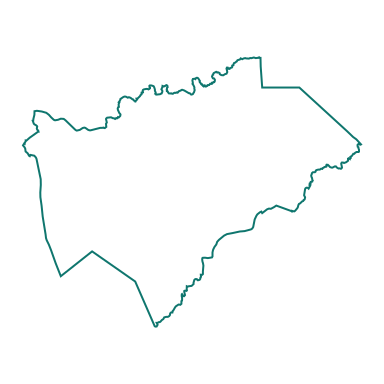 the district of Komonjdjari, Komondjari, Burkina Faso
{"feature_id": "67063806B37049013397139", "entity_name": "Komonjdjari", "entity_type": "district", "adm_level": 2, "iso_a3": "BFA", "parent_name": "Burkina Faso", "parent_adm1": "Komondjari", "projection": "robinson", "projection_center": [0.756, 12.703], "detail": "fine", "context": "isolated", "style": "outline", "palette": "teal", "viewbox_px": 384, "rotation_deg": 0, "n_neighbors": 0, "source": "geoboundaries", "source_scale": "gbopen_adm2", "svg_char_len": 5869}
<svg xmlns="http://www.w3.org/2000/svg" viewBox="0 0 384 384"><path d="M60.8,276.2L92.1,251.4L135.2,281.5L154.7,326.2L155.4,326.6L156.6,326.5L157.6,324.8L156.7,322.9L157.6,322.9L158.6,322.2L159.8,322.1L160.5,321.6L161.9,320.0L163.3,319.1L164.2,317.4L166.0,316.9L167.8,316.9L169.2,316.1L170.0,314.9L170.1,313.7L170.4,313.1L171.2,312.4L172.4,312.5L172.7,311.0L173.2,310.6L175.1,307.3L175.9,306.3L178.3,304.7L178.8,304.5L180.3,304.8L181.4,303.8L181.4,301.1L182.0,300.7L182.1,299.5L182.1,297.8L181.7,296.0L181.8,294.3L182.0,294.1L183.3,296.1L184.1,296.2L185.0,295.1L184.2,291.6L184.3,290.9L185.1,290.6L186.4,290.9L186.9,290.5L186.7,289.0L186.8,286.3L187.7,286.7L188.5,286.3L191.6,285.9L193.6,284.0L193.5,282.9L194.3,280.0L195.0,279.3L195.9,279.0L196.8,279.2L197.2,279.4L197.5,280.1L197.9,280.3L199.6,279.8L200.3,278.8L200.4,277.6L201.0,276.9L200.8,274.7L202.2,274.8L202.9,274.1L202.9,271.4L203.4,265.6L203.0,263.2L202.5,261.7L202.2,259.7L202.3,258.2L202.8,257.8L204.9,257.7L207.9,258.1L212.0,257.4L212.5,256.4L212.5,252.5L213.0,250.1L213.5,248.9L214.5,246.9L216.3,244.5L217.2,241.8L219.0,239.8L224.1,235.6L227.0,234.1L232.4,233.1L239.8,231.5L244.6,231.1L251.0,229.4L252.2,228.6L253.2,227.0L254.7,219.4L256.5,215.6L257.4,214.3L259.9,212.3L261.3,211.6L262.2,213.1L267.1,209.3L268.9,208.6L270.9,208.8L273.9,207.2L276.3,205.6L290.9,210.9L291.7,211.4L291.8,210.8L294.2,211.4L295.1,210.8L297.3,208.2L297.8,207.3L298.4,205.0L299.0,203.9L300.1,203.4L302.0,201.5L303.2,201.0L303.6,200.0L304.3,199.8L304.7,199.2L305.1,197.3L304.1,195.3L305.1,189.1L305.5,188.3L306.4,187.7L307.8,187.8L308.6,188.6L310.3,185.5L310.4,184.8L310.0,185.1L309.5,185.0L309.7,183.4L310.3,183.1L310.7,181.9L312.2,181.6L312.3,180.9L312.7,180.6L312.4,180.0L312.0,177.9L311.4,176.7L311.2,175.3L311.7,174.4L311.9,173.2L312.8,172.3L314.9,172.2L315.6,171.6L315.8,170.6L316.4,170.1L318.2,169.6L319.8,169.6L321.1,168.7L322.3,168.9L322.7,168.1L323.7,167.7L324.4,167.0L326.2,166.7L326.3,165.2L326.6,164.7L327.7,164.8L327.9,165.4L328.4,165.3L330.1,167.1L331.6,167.6L332.5,167.6L334.8,166.4L335.9,166.4L336.7,167.4L338.4,168.5L339.9,168.4L340.9,168.8L341.6,168.3L342.0,167.5L341.2,163.7L341.7,162.6L343.0,162.5L344.0,163.0L346.2,162.2L348.1,160.7L348.0,158.7L348.4,158.5L349.5,158.9L349.3,158.3L350.2,158.4L350.8,157.9L350.4,156.8L352.0,155.8L353.3,153.8L354.3,153.8L355.0,152.9L356.5,152.0L358.6,152.0L359.0,151.6L359.0,149.6L358.5,148.4L358.4,147.2L357.7,146.8L357.5,145.0L358.5,143.9L359.1,143.9L359.7,144.5L360.5,144.7L361.0,144.4L356.3,139.3L353.1,137.0L347.4,131.5L299.3,87.5L262.2,87.5L260.7,66.6L260.5,57.9L259.3,57.9L259.0,57.9L258.9,57.4L257.6,57.9L255.7,58.1L253.9,57.5L251.2,58.2L250.2,58.0L248.9,58.6L246.0,58.4L245.2,58.1L243.5,58.5L242.2,59.2L240.7,58.4L239.9,59.5L237.5,60.2L236.7,61.5L236.3,61.6L235.3,62.6L234.1,63.0L233.4,64.5L233.4,65.2L232.2,65.6L232.2,67.0L231.9,67.5L230.0,68.1L229.6,68.9L228.5,68.8L227.8,67.6L226.9,67.6L226.5,68.5L227.3,72.0L226.8,73.1L226.5,73.7L225.1,74.1L223.2,75.3L221.3,75.1L219.8,74.2L219.6,73.1L218.4,72.4L217.2,72.6L216.7,71.9L216.2,71.8L213.7,73.1L213.2,74.0L213.2,74.7L212.5,75.1L212.0,76.6L212.9,78.3L214.1,78.5L214.9,79.8L214.8,81.1L214.3,82.1L213.6,82.0L213.2,82.4L211.9,82.7L211.7,83.0L212.3,83.4L211.8,83.9L210.1,83.8L209.2,85.0L207.6,85.1L207.5,85.7L207.1,86.0L206.5,86.1L206.1,86.5L205.5,86.5L204.9,85.6L204.2,86.3L203.8,86.4L203.6,85.5L202.9,85.8L202.4,85.2L202.1,84.6L201.9,84.8L201.1,84.1L200.9,83.4L199.8,82.3L199.6,81.5L199.9,81.0L198.2,78.3L197.3,77.8L196.6,77.8L196.0,78.1L195.4,79.1L194.8,78.7L192.9,79.0L192.4,80.3L192.9,83.3L192.5,83.9L193.5,85.3L194.4,87.3L194.3,88.7L194.7,90.0L194.0,92.3L193.3,93.2L193.1,93.8L192.5,94.3L191.2,94.6L189.7,93.2L188.9,93.2L184.3,90.5L182.3,89.8L181.5,89.9L180.7,90.6L179.0,91.1L177.9,92.5L177.4,92.7L177.0,92.3L175.7,92.9L174.9,92.7L173.5,93.2L173.2,93.6L172.2,93.8L171.1,93.3L170.6,93.5L168.9,93.4L168.0,92.3L167.8,91.5L166.9,91.2L167.0,90.0L166.7,89.8L167.1,87.6L167.6,87.3L167.5,86.0L166.9,85.3L166.3,85.1L164.6,86.3L164.1,86.1L163.4,86.5L162.5,86.0L162.3,87.3L161.4,89.3L162.3,90.7L162.4,91.2L162.2,92.2L161.7,92.9L161.7,93.4L160.1,94.2L156.5,94.6L156.0,94.5L155.8,93.7L155.3,93.6L155.7,92.8L155.4,91.8L154.9,90.8L154.9,89.5L154.2,87.3L153.6,86.2L151.6,85.5L149.9,85.4L149.4,85.8L149.5,87.2L150.0,87.6L150.0,88.3L149.2,89.0L148.4,89.4L147.7,89.0L146.3,88.9L143.9,89.4L143.0,89.9L142.7,90.6L143.0,92.4L142.4,92.7L142.0,92.4L141.6,92.5L141.5,93.2L141.8,93.5L141.5,94.4L140.4,95.2L140.1,96.0L138.6,97.5L137.5,98.5L136.6,98.6L137.1,99.5L135.8,100.8L135.5,101.5L135.2,101.5L135.0,101.1L133.9,100.5L133.1,99.4L132.5,99.3L130.5,97.8L128.9,97.2L127.8,97.7L126.2,96.8L124.9,96.5L123.5,96.9L120.4,99.0L120.4,99.7L119.7,100.7L119.5,102.1L118.8,102.1L118.6,102.4L119.0,103.2L118.6,104.7L118.9,106.9L118.2,107.2L117.7,108.4L117.9,109.9L119.3,113.0L120.3,114.1L120.5,114.7L120.2,116.0L118.8,117.4L118.0,117.1L117.7,117.9L117.2,118.3L116.2,118.0L115.7,118.7L115.1,119.0L114.1,118.3L112.9,118.2L111.0,117.3L107.1,117.7L106.2,118.5L106.0,119.0L106.8,122.5L106.0,123.8L106.3,126.9L104.8,128.1L104.0,128.0L103.6,127.6L101.9,127.9L100.1,127.9L90.7,130.3L89.5,130.3L88.2,129.9L85.4,127.9L84.3,127.6L82.7,128.0L79.8,129.9L76.8,130.6L75.7,130.1L74.9,129.4L65.4,120.2L63.7,118.9L60.8,118.7L58.0,119.8L55.0,120.3L53.8,119.8L51.2,117.4L48.9,114.8L46.3,112.8L41.8,111.5L36.9,110.8L34.5,111.2L34.4,114.8L33.4,118.9L33.2,120.9L32.8,120.9L33.8,123.7L34.5,124.4L36.0,125.2L37.0,126.1L37.2,126.5L36.8,128.4L37.2,129.7L38.2,130.5L38.5,131.7L38.1,131.7L29.7,137.7L26.3,140.7L25.7,140.5L25.7,141.2L24.8,142.8L24.7,143.6L24.3,143.3L23.0,145.4L24.5,147.2L25.2,148.5L25.6,151.5L27.7,153.3L29.0,155.7L29.8,156.2L30.4,154.9L34.3,155.7L35.9,157.5L36.5,158.9L40.7,179.2L40.8,185.0L40.3,192.5L40.4,197.2L41.6,205.8L42.7,216.6L45.6,234.5L46.0,238.0L46.7,240.2L48.9,244.7L51.1,250.3L55.7,263.3L60.8,276.2Z" fill="none" stroke="#0f766e" stroke-width="2"/></svg>